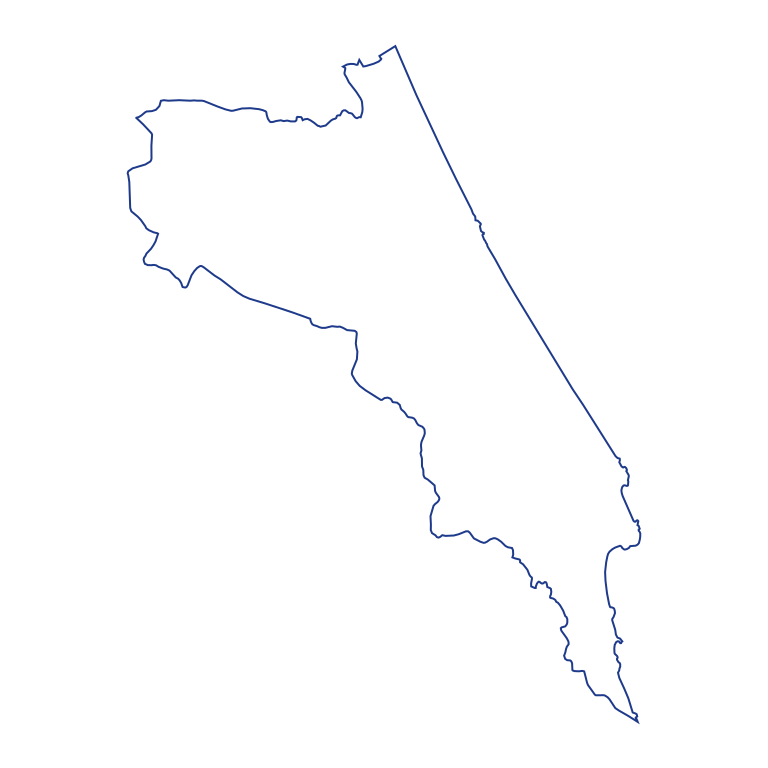 the district of Duc Pho, Quảng Ngãi, Vietnam
{"feature_id": "81297802B20968372540645", "entity_name": "Duc Pho", "entity_type": "district", "adm_level": 2, "iso_a3": "VNM", "parent_name": "Vietnam", "parent_adm1": "Quảng Ngãi", "projection": "albers", "projection_center": [108.978, 14.748], "detail": "fine", "context": "isolated", "style": "outline", "palette": "blue", "viewbox_px": 768, "rotation_deg": 0, "n_neighbors": 0, "source": "geoboundaries", "source_scale": "gbopen_adm2", "svg_char_len": 6102}
<svg xmlns="http://www.w3.org/2000/svg" viewBox="0 0 768 768"><path d="M432.0,533.1L435.5,535.3L436.9,537.1L438.5,537.6L440.2,536.9L442.3,535.2L445.5,535.9L453.9,535.5L458.8,534.2L466.0,531.3L468.1,531.3L469.8,532.7L473.9,538.4L480.5,541.8L483.5,542.8L485.0,542.7L487.0,541.7L490.2,539.4L493.6,538.2L495.4,538.3L497.7,539.3L501.1,541.7L505.5,546.0L508.0,547.3L512.0,548.0L513.0,550.2L513.2,554.7L512.4,557.4L515.0,558.4L519.5,559.5L520.1,560.3L520.1,562.3L523.1,564.3L527.4,569.8L529.4,574.8L530.4,576.3L531.8,577.5L532.0,578.7L531.1,583.4L531.2,586.4L534.7,588.0L535.7,588.0L535.9,586.3L536.9,583.7L537.8,582.4L538.7,581.7L539.7,581.9L540.4,582.7L542.1,583.6L543.5,583.2L544.6,582.1L545.7,582.1L546.3,582.7L546.8,584.1L547.3,587.0L550.1,588.2L550.9,588.9L551.3,591.8L550.9,594.6L550.2,595.9L550.1,597.5L550.5,597.9L553.1,598.5L554.7,599.5L555.5,600.2L556.2,601.8L557.9,602.7L558.5,603.4L560.2,605.5L563.2,610.7L565.2,616.0L566.5,617.1L567.3,619.2L567.3,622.7L566.7,624.5L565.2,626.4L561.6,627.4L560.8,628.2L561.1,630.0L561.7,631.2L566.7,638.1L568.2,641.0L568.6,642.5L568.6,644.3L566.9,646.6L566.1,648.8L565.3,652.5L564.1,655.7L565.2,658.9L567.2,660.2L570.0,660.4L570.8,660.8L571.6,662.0L572.1,663.3L572.4,670.1L573.0,670.6L574.6,671.1L578.9,671.3L582.5,670.9L584.2,671.4L587.1,682.9L588.0,685.1L594.9,694.7L596.0,695.3L603.5,695.2L604.9,695.5L607.7,697.3L609.5,699.3L615.3,708.1L619.0,710.6L628.4,716.0L637.7,721.9L636.6,719.1L635.7,718.0L635.7,717.6L637.2,716.5L636.7,714.3L635.5,713.5L632.7,712.5L628.3,698.2L624.2,688.5L619.3,677.9L618.0,672.7L619.2,670.5L619.5,668.4L620.2,666.8L620.2,664.2L619.6,662.9L618.5,662.2L617.0,659.7L617.0,658.7L617.6,657.8L617.6,657.1L617.0,655.9L614.8,653.8L614.5,653.0L614.3,648.3L614.7,645.0L616.1,642.2L617.5,641.3L618.9,641.4L620.2,643.1L620.7,643.2L621.1,643.1L621.5,642.1L622.3,641.4L620.0,638.5L617.9,637.8L617.3,637.3L615.9,634.5L615.2,629.7L612.2,620.2L612.3,618.9L613.5,617.1L615.0,613.1L614.7,610.5L614.2,608.9L613.6,608.1L611.9,607.4L610.3,607.2L610.0,606.8L609.1,604.1L607.0,593.2L605.5,580.9L605.1,572.0L606.2,562.2L607.3,556.6L608.1,553.9L609.5,551.7L612.5,549.1L615.3,547.5L620.0,545.8L620.7,546.0L621.7,546.9L622.0,547.7L623.9,549.3L624.9,549.6L626.8,549.1L628.8,548.0L630.3,546.1L635.6,545.7L637.5,544.7L638.9,543.1L639.8,539.6L640.2,536.9L640.3,533.6L639.8,532.1L638.7,530.7L638.7,529.6L639.3,529.4L639.7,528.7L638.6,525.8L637.5,525.2L638.3,521.2L637.5,520.3L636.6,520.5L635.5,521.7L634.5,521.7L633.5,520.8L622.6,495.9L621.7,492.8L621.4,490.3L621.9,488.0L622.5,486.6L623.6,485.5L624.7,485.3L626.8,485.9L627.7,485.7L628.0,485.2L628.3,481.3L627.9,480.3L628.8,476.3L628.7,475.2L626.3,471.1L626.9,470.2L626.8,469.5L626.2,468.1L625.0,467.0L624.3,466.9L623.1,467.5L621.6,466.5L619.3,462.3L619.9,460.1L619.7,458.6L617.5,458.0L615.5,456.1L583.2,405.0L572.7,389.3L515.3,295.0L505.7,278.6L495.0,259.0L487.8,246.9L487.3,245.8L487.1,244.3L486.2,243.1L485.0,240.5L484.2,239.7L482.5,235.4L482.5,234.8L483.0,234.2L483.8,233.9L483.8,232.8L482.4,232.2L481.0,231.0L479.9,226.3L480.8,224.2L480.7,223.6L477.7,220.7L475.5,220.3L475.2,216.5L473.0,213.6L471.4,209.3L456.1,179.1L443.2,152.6L416.3,94.9L395.3,46.1L379.4,56.0L380.3,57.6L381.3,58.9L380.8,59.7L378.6,61.6L373.5,63.8L365.8,66.1L363.3,66.5L359.3,59.9L357.5,64.7L356.3,64.8L353.9,64.0L350.4,63.9L347.1,64.5L343.0,66.6L345.2,68.0L345.3,68.8L344.5,72.7L344.6,74.2L346.5,77.4L348.9,82.3L356.4,92.0L360.5,98.3L361.5,100.3L362.0,102.0L362.6,108.8L362.3,112.1L360.7,117.3L359.3,117.1L357.0,118.2L355.8,117.8L354.8,117.1L352.1,113.7L350.7,113.2L349.0,113.0L345.4,110.3L343.9,110.3L342.5,111.0L342.1,111.5L340.1,115.3L338.0,115.4L337.2,115.7L336.8,116.2L336.2,118.0L335.4,118.6L332.8,119.4L330.9,120.6L325.7,125.5L320.4,126.7L318.8,125.9L317.8,125.8L314.0,122.7L310.4,120.3L307.5,118.9L304.5,119.3L302.7,120.2L301.7,117.7L301.2,117.2L299.5,117.0L297.3,116.9L296.7,117.6L296.7,118.6L296.3,120.5L295.1,121.4L290.8,121.4L287.3,120.6L283.6,121.1L280.8,120.3L276.2,121.0L273.1,121.9L270.8,122.1L269.8,121.6L267.9,118.8L266.8,115.2L266.3,112.2L265.6,111.3L262.9,110.2L259.2,109.2L250.4,108.2L241.9,108.5L233.1,110.7L231.1,110.8L225.5,109.4L217.5,106.5L204.1,101.1L202.0,100.7L197.5,100.7L194.0,100.4L190.3,100.7L179.2,100.2L168.4,100.7L163.9,100.2L160.9,100.8L159.4,106.1L155.9,109.8L152.0,111.1L146.5,111.5L144.9,112.5L141.3,115.5L138.7,117.1L136.4,117.7L136.3,117.9L143.2,124.4L151.6,133.4L152.1,134.8L151.4,145.8L151.5,158.6L151.1,160.2L150.3,161.5L145.3,164.5L132.6,168.3L128.4,171.2L127.9,172.2L127.7,173.5L128.3,175.4L129.3,182.0L130.2,208.0L131.4,211.4L137.6,216.5L141.0,220.1L145.3,226.2L146.3,228.3L148.9,230.2L153.8,232.4L157.3,233.2L158.1,233.7L155.5,241.5L153.5,245.1L151.0,248.8L146.5,253.5L145.4,255.9L144.1,257.7L143.6,259.3L143.9,261.3L144.9,263.8L147.8,265.1L151.5,265.2L153.7,264.9L156.1,265.3L158.5,266.8L163.2,268.6L167.1,269.5L169.5,270.6L175.8,277.5L178.1,278.7L179.5,280.2L181.1,282.8L182.6,287.0L184.4,287.4L185.6,287.5L186.7,286.8L187.7,285.2L191.5,275.3L194.3,271.1L197.1,268.0L199.6,266.3L200.4,266.0L201.7,266.1L203.6,267.2L214.3,275.4L220.7,279.4L237.4,292.3L243.2,296.0L249.4,298.7L264.4,303.2L292.4,312.4L310.2,318.8L310.7,321.1L311.7,323.4L312.4,324.3L313.7,325.1L317.5,326.3L319.1,327.1L321.9,327.9L325.2,327.9L332.0,326.2L337.1,326.8L339.9,326.6L342.9,327.8L347.1,330.1L354.7,330.8L356.3,331.9L356.8,333.5L355.8,343.5L356.7,348.8L357.4,351.5L356.9,359.3L352.3,370.6L351.8,373.7L352.3,375.2L355.6,381.1L359.7,385.9L365.7,390.4L380.8,399.9L382.1,399.8L384.5,398.1L387.7,397.6L390.3,398.6L391.1,399.3L392.7,402.1L397.2,402.7L399.8,405.0L400.7,408.2L401.4,409.5L404.0,411.7L405.5,413.5L407.3,416.3L408.3,417.1L412.3,417.7L414.0,418.5L415.2,419.9L416.9,423.2L418.3,425.0L422.4,426.8L424.0,428.6L424.5,429.7L424.8,433.2L424.2,435.5L421.6,441.6L421.1,443.9L421.0,445.6L421.4,450.5L420.6,453.2L420.9,455.0L421.9,458.3L422.0,466.4L423.3,469.9L423.5,475.2L424.6,477.7L427.9,479.6L434.6,485.4L435.1,491.0L435.9,492.8L438.9,496.9L439.3,498.1L439.3,499.1L438.8,500.4L437.6,502.0L434.9,504.2L433.5,505.9L430.5,516.2L430.9,524.5L430.8,530.1L432.0,533.1Z" fill="none" stroke="#1e3a8a" stroke-width="2"/></svg>